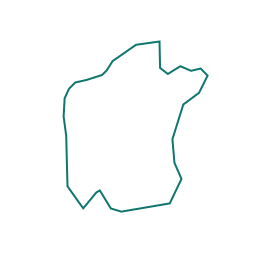 outline of Warrington, rotated 115°
{"feature_id": "GBR-2774", "entity_name": "Warrington", "entity_type": "Unitary Authority", "adm_level": 1, "iso_a3": "GBR", "parent_name": "United Kingdom", "parent_adm1": "", "projection": "robinson", "projection_center": [-2.569, 53.387], "detail": "fine", "context": "isolated", "style": "outline", "palette": "teal", "viewbox_px": 256, "rotation_deg": 115, "n_neighbors": 0, "source": "natural_earth", "source_scale": "10m", "svg_char_len": 513}
<svg xmlns="http://www.w3.org/2000/svg" viewBox="0 0 256 256"><g transform="rotate(115 128 128)"><path d="M46.9,78.0L66.1,78.5L83.3,87.8L119.4,83.0L139.9,71.2L151.6,58.0L178.7,58.3L206.6,98.7L208.2,109.5L196.5,127.2L199.9,129.5L219.7,134.6L215.8,141.7L206.4,158.2L161.2,180.7L144.8,191.2L127.8,198.0L117.2,198.0L109.0,195.0L102.0,185.9L90.9,173.9L85.0,171.7L73.8,170.2L49.2,155.9L36.3,136.0L60.0,124.3L62.2,114.7L49.9,106.7L49.5,95.0L43.4,87.3L46.9,78.0Z" fill="none" stroke="#0f766e" stroke-width="2"/></g></svg>